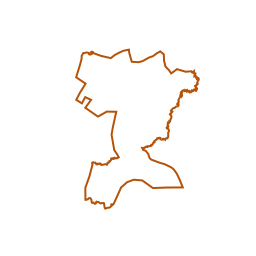 outline of Kalgo, Kebbi, Nigeria, rotated 213°
{"feature_id": "59680162B5199404243189", "entity_name": "Kalgo", "entity_type": "district", "adm_level": 2, "iso_a3": "NGA", "parent_name": "Nigeria", "parent_adm1": "Kebbi", "projection": "robinson", "projection_center": [4.022, 12.386], "detail": "fine", "context": "isolated", "style": "outline", "palette": "amber", "viewbox_px": 256, "rotation_deg": 213, "n_neighbors": 0, "source": "geoboundaries", "source_scale": "gbopen_adm2", "svg_char_len": 5699}
<svg xmlns="http://www.w3.org/2000/svg" viewBox="0 0 256 256"><g transform="rotate(213 128 128)"><path d="M169.9,194.2L173.9,190.3L176.3,186.6L178.9,181.9L180.4,177.3L189.5,173.9L197.5,172.0L198.7,172.6L200.1,172.2L200.3,171.9L200.2,171.4L199.9,171.2L199.3,171.1L198.8,170.7L198.7,170.3L199.5,169.2L200.2,168.7L201.0,168.7L201.4,169.6L201.8,169.7L202.4,169.3L203.8,168.9L205.6,166.9L206.3,166.6L206.2,163.5L204.5,160.5L202.5,154.3L199.1,142.3L187.7,142.1L187.5,131.3L186.7,123.4L180.1,123.6L180.7,130.6L174.3,131.5L174.8,121.7L159.4,121.2L154.7,130.2L146.7,135.2L141.0,120.1L138.1,113.4L127.5,102.0L123.2,100.2L119.8,98.4L120.1,97.9L120.3,97.6L120.4,97.1L120.8,96.9L120.9,96.4L121.8,95.9L122.3,95.5L123.0,95.8L123.8,94.9L123.7,94.3L123.4,94.1L123.7,93.8L124.1,93.8L124.5,94.1L125.1,93.7L125.5,93.2L125.3,92.7L125.0,92.3L124.8,91.9L124.9,91.0L125.1,90.5L125.5,90.1L125.0,89.7L125.4,88.6L125.6,88.3L126.0,88.1L126.2,87.7L125.8,87.1L125.8,86.7L125.6,85.8L126.0,85.6L126.4,85.7L127.1,85.5L128.7,83.9L129.1,83.4L129.9,83.1L130.0,82.7L130.4,82.5L130.8,82.5L131.2,82.9L131.9,83.1L132.3,83.0L132.6,82.2L132.8,81.9L133.2,81.6L133.7,81.8L134.2,81.3L134.2,80.6L134.8,80.4L135.4,80.5L136.3,81.1L136.6,81.1L137.3,80.6L138.6,80.3L139.1,79.6L138.9,79.2L138.8,78.8L138.5,78.8L137.9,78.1L134.1,66.7L131.2,54.6L124.6,44.6L124.0,45.0L123.6,45.4L123.3,46.0L122.9,46.3L122.5,47.9L122.0,48.4L121.5,48.6L120.2,48.3L119.7,47.9L118.2,46.2L117.7,45.7L116.9,45.9L116.3,46.7L115.7,46.4L114.9,46.5L114.4,46.4L113.9,47.3L114.1,47.7L114.1,48.2L114.4,48.8L114.2,49.2L113.1,49.4L112.4,49.8L111.7,49.9L110.8,49.7L109.8,49.9L109.4,50.5L108.8,51.0L107.8,51.4L107.5,51.9L107.0,51.7L106.6,51.2L105.9,50.5L105.3,49.7L103.7,48.1L102.9,48.1L102.6,48.9L101.3,50.3L100.5,50.9L99.8,51.8L99.5,53.5L100.4,54.8L100.0,55.2L99.5,55.0L99.0,55.0L98.7,56.8L101.4,74.5L99.2,82.1L95.1,87.7L87.4,91.8L74.4,91.2L63.2,99.1L49.7,108.0L56.8,113.0L62.4,116.4L67.2,118.2L69.6,118.5L71.4,118.4L77.7,117.6L82.1,116.2L91.0,114.2L93.1,114.4L95.6,116.1L96.5,117.1L99.7,118.2L100.8,118.5L103.4,117.9L105.2,119.0L104.5,119.3L104.2,119.7L103.7,119.6L103.5,119.8L103.1,120.9L103.1,121.4L102.7,121.5L102.5,121.9L102.5,122.5L102.2,122.7L101.4,122.7L101.3,123.7L100.7,123.8L100.0,124.7L99.4,125.0L99.0,125.4L99.2,126.1L98.8,126.1L98.6,126.3L98.8,126.7L98.8,127.1L98.4,127.9L98.8,128.3L98.8,128.7L98.6,129.2L98.7,129.9L98.0,130.2L97.9,130.5L98.1,130.7L98.8,130.8L98.8,131.3L98.5,131.7L98.3,132.5L98.3,133.1L97.9,133.4L97.7,133.7L97.9,135.5L97.5,135.7L97.2,135.4L96.9,135.6L96.9,136.1L96.5,136.8L95.5,137.3L95.1,136.5L94.7,136.3L94.3,136.5L93.4,136.5L93.1,136.8L92.4,137.3L92.7,137.9L92.5,138.3L91.7,138.3L91.3,138.6L90.4,138.4L90.5,139.1L90.3,140.4L89.5,140.6L89.4,141.2L89.3,141.9L89.7,142.7L89.8,143.3L90.5,143.9L90.9,144.9L91.5,145.4L91.7,146.0L92.0,147.7L92.5,148.5L94.2,149.3L94.6,149.3L94.8,148.9L95.4,149.0L95.8,149.3L95.8,150.0L95.4,150.6L95.0,150.9L95.2,151.6L95.6,151.9L96.1,151.8L96.5,152.1L97.2,153.7L97.4,154.3L96.9,154.3L96.6,154.1L96.4,154.3L96.5,154.8L96.9,155.1L96.4,155.9L96.3,156.2L96.9,156.4L97.3,156.7L96.8,157.5L96.9,158.3L97.2,159.0L97.1,159.6L97.6,161.0L98.0,161.2L98.4,161.8L98.9,162.0L100.0,162.2L100.4,162.4L100.3,162.9L99.8,163.0L99.8,163.5L100.1,163.4L100.1,164.0L99.8,164.4L100.1,164.8L100.1,165.2L99.7,165.5L99.7,165.9L100.1,165.9L100.4,166.0L100.4,165.7L100.7,165.5L101.3,165.9L101.5,166.2L101.2,166.6L101.2,168.2L100.9,169.0L100.5,169.7L99.8,170.2L99.5,171.9L98.0,173.5L97.9,174.2L98.1,175.0L98.5,175.3L98.9,175.4L99.2,175.3L99.3,175.0L99.8,174.9L99.9,175.4L99.9,175.8L99.5,176.2L99.3,176.8L99.9,177.6L99.9,178.0L100.6,178.3L101.0,179.3L101.3,182.7L101.1,183.0L100.6,183.2L100.2,183.7L100.2,184.3L100.4,184.8L100.7,185.1L100.9,184.8L100.6,184.0L101.2,184.3L101.9,183.9L102.1,184.3L102.1,184.6L101.6,184.6L101.5,184.9L102.2,185.6L102.9,186.1L102.9,186.4L102.5,186.9L102.2,186.8L101.9,186.8L101.9,187.3L102.1,187.5L102.8,187.7L102.6,188.2L102.8,188.6L102.7,189.0L102.2,189.2L101.8,189.7L101.5,189.6L101.0,189.7L101.3,190.2L100.6,190.3L100.7,190.7L100.3,190.6L100.0,191.1L99.6,191.2L99.5,190.8L99.4,190.9L99.4,191.9L99.3,192.0L99.1,191.7L98.5,191.4L98.2,190.9L97.8,191.6L97.3,191.4L97.2,191.6L97.3,192.1L97.0,192.2L96.9,192.4L96.7,192.4L96.4,192.2L95.9,192.2L96.0,191.8L96.0,191.7L95.6,191.5L95.4,191.9L95.3,192.3L94.9,192.1L94.7,192.2L94.8,192.6L95.0,192.9L94.8,193.1L95.1,193.4L95.1,194.3L94.9,194.4L94.5,194.1L94.5,193.5L94.5,193.4L94.2,193.8L93.6,194.1L93.5,194.4L93.6,194.8L93.4,194.9L93.2,194.6L93.5,195.4L93.7,196.0L93.3,196.3L93.0,196.1L92.9,196.5L92.7,196.6L92.7,197.1L92.4,197.0L92.2,196.3L91.8,196.3L91.4,196.1L91.1,196.3L91.4,197.1L91.2,197.6L91.6,198.8L92.6,199.0L93.0,198.8L93.3,199.0L93.3,199.3L93.5,199.5L93.8,199.6L94.1,199.5L94.5,199.6L94.7,199.9L94.5,200.5L93.9,200.6L93.8,200.8L93.6,202.6L93.9,202.5L94.4,202.9L94.6,204.1L94.9,205.0L95.0,207.1L95.5,207.5L95.7,207.9L96.1,208.2L96.3,208.1L96.4,207.9L96.4,207.6L96.2,207.0L96.3,206.7L96.6,206.4L96.9,206.5L97.1,206.8L97.0,207.5L97.3,207.7L98.0,207.2L98.3,207.3L98.4,207.6L98.3,208.0L98.5,208.3L98.6,208.5L99.0,208.5L100.1,207.6L100.1,207.9L100.8,208.0L100.7,208.7L100.9,209.5L100.9,210.2L101.0,210.3L101.3,209.8L101.7,209.7L101.8,209.8L101.8,210.3L102.0,210.3L102.2,210.2L102.4,209.9L102.9,209.8L103.0,210.1L103.0,210.5L103.5,211.4L103.6,210.9L103.4,210.8L103.5,210.6L103.8,210.4L104.1,210.5L104.2,210.3L104.4,209.6L104.6,209.5L104.8,209.7L105.0,210.0L105.3,209.9L105.7,210.1L110.3,206.6L119.0,204.0L120.3,200.4L121.6,197.3L125.0,198.8L128.8,199.6L130.6,200.4L132.0,201.9L134.3,203.9L138.1,209.3L142.7,209.8L144.8,205.8L145.5,203.5L146.3,201.7L148.6,198.8L152.2,192.0L155.0,188.9L160.9,185.6L168.1,191.9L169.9,194.2Z" fill="none" stroke="#b45309" stroke-width="2"/></g></svg>